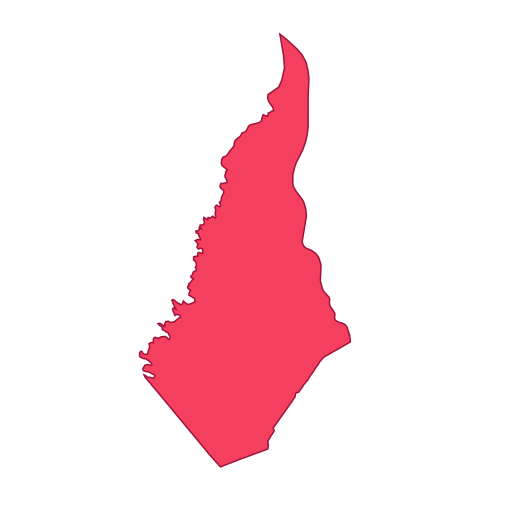 Nova Olinda do Maranhão, Maranhão, Brazil (Robinson projection), rotated 141°
{"feature_id": "56859067B29640445258953", "entity_name": "Nova Olinda do Maranhão", "entity_type": "district", "adm_level": 2, "iso_a3": "BRA", "parent_name": "Brazil", "parent_adm1": "Maranhão", "projection": "robinson", "projection_center": [-45.942, -2.948], "detail": "fine", "context": "isolated", "style": "filled", "palette": "rose", "viewbox_px": 512, "rotation_deg": 141, "n_neighbors": 0, "source": "geoboundaries", "source_scale": "gbopen_adm2", "svg_char_len": 4663}
<svg xmlns="http://www.w3.org/2000/svg" viewBox="0 0 512 512"><g transform="rotate(141 256 256)"><path d="M417.9,234.1L418.4,231.7L417.9,201.4L417.9,199.2L417.8,186.0L417.6,170.3L417.5,160.0L417.4,158.5L417.2,131.3L416.3,114.5L397.2,108.4L368.4,98.6L366.8,99.9L365.5,101.1L364.4,102.8L363.8,104.4L362.4,105.0L358.5,106.3L357.4,107.0L355.9,107.2L353.4,108.1L351.5,109.0L351.4,111.0L350.1,111.7L343.5,113.6L322.5,119.5L320.7,120.0L319.2,120.4L316.2,121.5L314.5,121.8L312.9,123.4L311.5,124.2L310.0,124.2L308.8,123.2L302.0,125.2L300.3,125.8L298.1,126.2L296.1,126.7L294.3,126.8L292.4,127.8L286.3,129.5L284.3,130.0L279.5,131.7L276.1,132.5L272.9,133.7L268.4,134.5L266.8,134.7L260.7,133.7L258.7,133.4L254.7,132.7L236.7,129.8L233.2,135.3L230.1,143.2L229.8,145.3L230.1,147.1L231.3,149.8L233.1,152.2L234.1,154.1L234.7,156.3L234.1,158.1L233.1,159.4L231.8,160.5L230.9,161.8L230.3,165.2L230.1,169.4L229.5,171.5L228.1,173.9L226.0,175.8L225.2,178.1L225.6,185.3L225.5,186.8L225.1,188.4L222.4,194.6L221.3,196.6L211.5,207.6L210.5,209.5L208.7,213.9L208.1,216.2L207.9,219.5L208.4,222.1L209.5,225.8L212.1,230.4L212.6,232.9L212.4,234.7L212.0,236.4L210.9,238.3L191.7,255.3L187.9,261.0L186.3,264.6L185.0,267.8L184.5,270.6L184.1,281.4L183.3,286.2L182.3,288.3L179.9,291.5L176.4,295.8L170.3,300.5L166.0,303.2L153.4,308.8L146.2,313.1L140.4,317.6L133.8,324.0L115.5,346.7L114.2,348.1L102.8,361.1L98.6,367.9L95.2,375.1L93.6,383.3L93.9,391.2L95.9,404.8L97.8,413.4L107.9,395.3L115.4,384.3L125.1,376.6L131.9,373.0L138.4,373.4L145.0,373.9L147.3,371.8L148.0,370.2L148.8,368.6L149.2,364.2L149.4,361.6L150.0,359.1L151.0,357.8L152.2,358.6L154.3,358.7L156.6,359.4L158.5,357.3L160.3,358.8L161.5,361.3L163.2,360.4L164.8,359.2L166.6,357.7L168.4,357.5L170.2,358.0L173.8,359.5L176.7,361.1L178.6,361.7L180.2,361.5L183.5,359.9L185.2,359.4L186.6,359.4L189.3,360.4L191.1,359.7L193.1,358.9L195.6,359.1L197.8,358.9L199.4,359.0L201.4,357.9L203.9,355.4L208.1,354.4L210.3,354.1L214.0,352.9L216.6,352.5L218.2,353.3L219.6,353.5L222.1,352.5L223.2,351.4L224.7,349.7L225.4,348.0L225.0,345.5L224.5,343.0L224.2,341.0L226.3,340.6L228.0,339.1L229.6,338.0L230.4,336.7L230.8,334.5L231.4,332.3L232.5,331.4L234.6,332.5L236.1,333.1L237.3,334.5L239.5,333.4L240.6,332.2L240.5,329.5L240.0,327.7L240.4,326.4L241.6,325.2L243.5,324.5L245.0,323.8L246.1,323.2L248.2,320.9L249.5,320.8L250.9,320.6L251.3,318.1L252.7,317.1L254.1,318.0L254.4,320.2L256.1,320.3L257.4,319.5L258.0,317.6L261.6,314.0L262.5,311.6L264.1,311.3L264.4,314.1L266.0,314.2L267.6,314.3L269.0,316.1L270.7,314.8L271.7,317.4L272.2,318.8L273.6,317.7L274.4,315.3L275.9,313.8L277.3,313.6L278.9,314.3L279.9,315.2L281.0,314.3L281.5,311.9L282.2,313.7L283.9,312.0L285.5,312.2L287.0,313.3L287.9,311.8L286.8,309.3L287.5,308.1L288.0,306.3L288.2,304.6L289.0,303.4L290.4,305.2L291.9,305.8L293.6,306.3L293.5,304.1L293.4,301.9L295.3,300.8L296.5,299.5L296.4,297.7L294.2,296.9L293.0,295.3L294.3,293.6L295.8,291.5L296.9,293.0L297.9,294.5L299.2,294.9L300.4,293.8L301.6,292.5L303.4,294.0L305.1,294.6L307.0,292.2L306.6,289.9L307.0,287.9L308.6,285.9L310.4,285.3L310.4,283.4L311.9,282.3L313.1,282.8L315.0,283.0L316.1,282.2L317.2,281.5L319.4,281.3L320.0,280.0L319.0,277.7L320.8,277.4L322.9,276.9L324.5,276.6L325.8,276.8L326.4,275.3L328.3,275.3L329.2,274.2L329.1,272.4L328.4,270.7L329.5,270.1L331.6,269.1L332.8,267.5L331.9,265.8L331.3,263.6L330.5,261.6L331.4,260.0L332.2,258.8L334.0,259.2L337.7,260.3L339.3,261.1L340.5,264.2L340.8,266.8L343.4,265.1L345.3,265.6L345.7,267.8L346.8,268.9L346.8,270.5L347.3,273.0L347.9,274.5L349.3,274.5L349.7,272.6L350.4,271.1L350.6,269.3L351.4,267.4L351.7,265.3L352.6,267.4L354.2,267.4L355.1,265.3L355.9,262.8L356.3,260.6L354.5,260.5L353.4,259.3L352.4,257.2L353.5,256.0L355.5,256.4L357.5,256.3L359.4,256.3L361.1,256.3L363.7,257.8L364.8,259.1L365.2,260.6L367.6,261.9L369.7,260.5L371.4,258.8L372.1,261.8L373.1,264.3L374.8,265.1L374.6,262.6L373.6,260.3L374.5,258.9L375.1,257.5L373.8,255.1L373.6,253.3L372.6,251.8L373.2,249.8L373.4,247.5L374.7,246.0L376.2,245.8L376.6,248.9L377.4,250.8L380.6,252.9L382.4,253.2L384.4,254.2L385.5,256.3L387.4,256.5L389.0,255.0L390.3,253.2L391.8,254.7L394.3,255.3L395.1,253.6L395.8,252.4L396.9,251.5L398.9,250.5L400.5,249.0L402.6,248.0L403.7,249.0L404.6,250.0L405.1,251.7L404.7,253.5L405.6,254.5L407.4,254.1L408.3,252.8L409.4,251.7L409.6,250.3L408.8,248.7L407.8,246.8L406.6,245.8L406.0,244.2L405.2,242.0L405.2,240.5L404.8,238.6L405.6,236.8L407.2,237.8L408.2,239.7L409.7,240.3L410.8,241.1L413.3,240.2L414.7,239.8L415.7,238.1L414.9,236.3L413.1,234.2L412.0,232.8L410.9,229.7L409.7,227.9L410.0,226.4L411.1,225.8L412.9,225.8L414.5,228.2L415.7,229.4L416.9,230.4L417.0,232.6L417.9,234.1Z" fill="#f43f5e" stroke="#9f1239" stroke-width="1.5"/></g></svg>